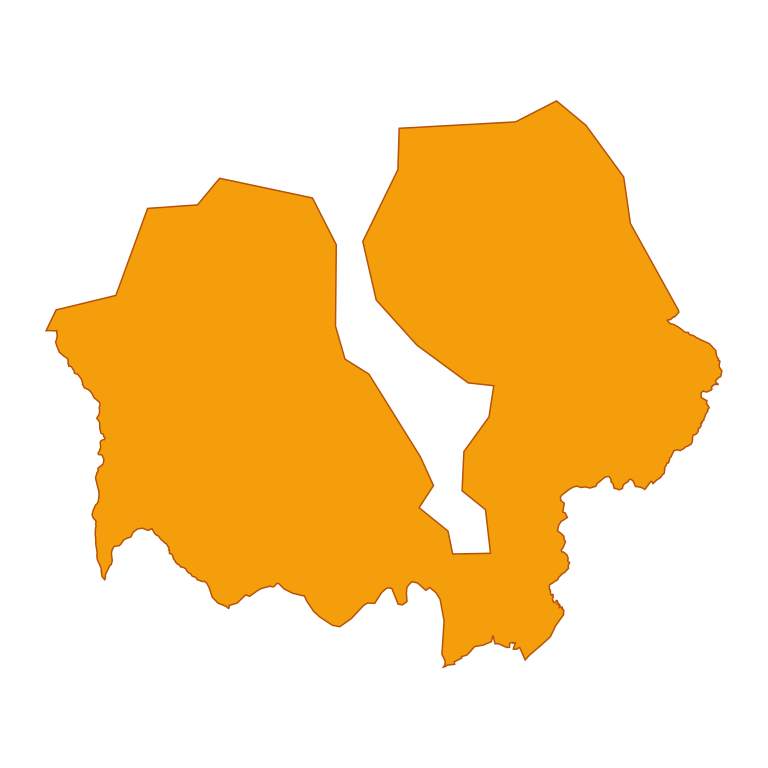 Ala-Buka, Jalal-Abad, Kyrgyzstan
{"feature_id": "92254566B39559079408831", "entity_name": "Ala-Buka", "entity_type": "district", "adm_level": 2, "iso_a3": "KGZ", "parent_name": "Kyrgyzstan", "parent_adm1": "Jalal-Abad", "projection": "mercator", "projection_center": [71.199, 41.407], "detail": "fine", "context": "isolated", "style": "filled", "palette": "amber", "viewbox_px": 768, "rotation_deg": 0, "n_neighbors": 0, "source": "geoboundaries", "source_scale": "gbopen_adm2", "svg_char_len": 6040}
<svg xmlns="http://www.w3.org/2000/svg" viewBox="0 0 768 768"><path d="M46.1,330.7L50.4,330.6L54.7,330.9L56.8,330.6L56.6,332.0L57.3,336.1L56.7,338.0L56.4,340.0L55.6,341.9L56.9,346.2L59.4,352.4L61.7,354.1L63.7,356.1L65.7,357.2L67.8,359.0L68.2,362.0L68.0,363.3L68.2,364.2L68.7,364.5L68.7,366.2L71.3,366.5L74.2,371.3L74.4,373.2L77.6,374.3L79.4,376.4L81.2,378.8L82.5,382.4L82.5,384.6L84.6,388.0L88.4,389.6L91.0,392.2L92.3,394.0L93.2,396.2L94.3,398.0L99.1,401.9L99.9,403.5L100.1,405.1L99.3,406.8L99.3,408.8L99.5,409.6L99.6,411.0L99.3,413.7L98.5,415.4L96.8,418.1L97.3,419.1L98.6,420.7L99.6,422.4L99.8,428.5L101.0,433.2L103.4,434.4L103.8,436.5L105.1,438.4L104.4,439.7L103.1,439.7L101.1,440.7L100.2,442.0L100.7,447.7L99.6,450.2L99.5,451.0L98.2,452.8L98.2,454.0L98.7,454.6L101.6,454.8L102.1,455.2L103.9,459.6L103.5,462.2L102.9,464.4L98.4,467.7L97.9,468.8L98.0,471.1L96.9,472.8L95.5,478.0L98.8,491.3L99.1,494.6L98.3,501.3L97.2,503.6L95.7,504.8L93.4,509.7L92.3,513.6L92.2,515.2L92.9,517.2L93.5,518.2L95.4,520.3L96.1,521.9L95.7,523.3L96.0,526.3L95.5,528.1L95.2,534.4L95.7,538.1L95.8,544.3L97.1,552.3L96.9,556.5L97.4,559.8L101.2,568.3L101.3,572.2L102.0,576.4L104.6,579.7L105.3,578.6L105.5,574.5L109.9,565.4L111.2,564.6L112.3,560.7L111.4,553.6L112.1,550.0L113.7,546.9L115.4,546.1L119.0,545.8L120.7,544.4L121.9,542.5L124.1,539.7L127.0,538.3L130.9,537.0L133.0,532.5L134.1,531.5L137.6,528.9L142.2,528.2L144.7,529.0L145.9,529.7L148.6,530.3L149.5,529.9L150.3,529.1L150.8,529.3L152.1,528.8L154.5,533.3L156.7,535.3L158.0,535.6L161.5,540.0L163.4,541.2L164.0,542.3L166.8,544.2L167.2,545.2L168.3,546.7L168.3,547.3L168.8,547.5L169.1,548.0L169.2,548.8L168.6,549.7L169.4,550.7L169.3,551.8L169.6,552.4L169.4,553.1L169.6,553.6L170.9,553.7L172.2,554.8L173.2,557.3L173.4,558.9L175.2,560.8L175.4,562.0L177.4,564.0L179.4,565.1L180.8,567.1L182.4,567.0L185.9,568.8L186.5,570.6L188.2,572.5L191.0,574.0L191.4,574.7L191.5,575.4L192.2,576.1L193.5,576.7L195.1,577.0L196.7,578.4L197.2,579.7L202.5,581.5L204.5,581.4L206.6,583.0L209.0,587.3L212.2,597.1L218.0,603.1L226.2,606.4L228.4,608.4L229.1,607.9L229.1,605.5L237.1,603.1L245.7,594.9L249.6,596.3L257.7,590.5L261.3,588.5L269.9,586.2L272.6,586.9L274.5,586.3L276.7,583.4L278.9,583.7L284.1,588.9L292.5,593.2L304.5,596.1L306.8,601.2L313.6,611.3L319.7,616.9L332.4,625.3L339.8,626.7L351.4,618.5L363.7,605.3L367.6,603.0L374.7,603.3L381.7,592.5L386.9,588.0L391.7,588.2L398.1,604.1L402.3,604.9L407.0,601.6L406.4,593.4L406.9,587.5L408.5,585.2L411.7,581.7L417.6,583.0L425.9,590.4L429.8,587.5L436.3,593.0L440.1,599.4L444.1,620.8L441.9,654.4L443.7,657.7L445.2,661.2L444.9,664.9L443.4,667.1L445.3,666.5L447.4,665.1L454.6,664.3L454.4,661.8L461.7,658.1L461.3,657.0L461.6,656.6L466.8,655.1L470.2,651.7L474.5,646.6L483.3,645.1L491.3,641.7L493.0,635.3L494.5,641.7L495.2,643.9L498.2,643.6L506.6,647.4L509.6,647.4L509.6,643.3L512.1,642.4L512.9,643.2L515.3,642.8L515.3,643.5L513.5,648.2L513.4,649.3L516.3,649.2L519.7,647.5L525.2,659.9L529.4,655.2L541.6,644.8L550.4,636.7L555.6,625.8L563.8,614.4L563.4,613.7L563.5,612.3L563.8,611.6L563.8,610.7L563.6,610.0L562.8,609.7L562.5,608.4L561.9,608.5L562.0,607.9L562.3,607.6L562.2,607.1L560.1,607.1L559.2,607.5L559.3,606.8L559.9,606.5L560.0,605.3L559.6,604.8L559.0,605.0L559.2,604.2L558.5,603.9L557.2,603.8L557.8,603.4L558.0,602.8L557.3,600.8L556.9,600.4L556.3,600.7L555.1,602.1L553.9,602.6L553.1,601.6L553.1,600.7L552.5,600.0L552.6,598.7L553.3,596.3L552.6,595.8L552.6,595.2L553.1,594.7L552.7,594.4L551.1,595.0L550.9,594.7L550.5,593.0L550.5,591.4L550.2,591.0L550.3,590.6L550.1,589.6L549.1,588.6L549.5,586.3L549.3,585.8L549.6,584.8L553.0,582.7L555.4,580.9L556.7,580.4L557.4,579.9L558.2,578.8L558.6,577.4L561.7,574.5L561.6,574.0L564.6,572.5L568.6,568.2L568.1,565.7L569.7,562.7L567.6,561.0L568.2,558.4L566.9,554.9L563.6,552.1L561.6,551.7L561.3,550.1L563.4,547.0L565.5,541.5L564.1,539.3L563.9,536.3L561.4,533.7L557.4,530.8L558.7,525.2L561.1,521.5L567.4,517.5L565.3,513.0L562.8,512.0L564.3,503.3L560.9,500.6L560.3,496.9L562.3,494.7L569.4,489.3L573.2,487.1L576.8,486.1L581.0,487.5L585.5,486.9L589.8,488.0L595.9,486.3L597.0,483.7L605.0,477.1L608.5,476.4L610.2,477.9L610.9,479.6L611.1,481.9L613.0,483.8L614.1,488.3L617.4,488.9L618.2,489.6L619.4,489.8L622.3,488.5L622.6,488.1L622.7,486.5L624.1,484.1L628.0,481.7L629.4,479.3L631.2,479.5L633.0,480.9L635.6,486.5L640.1,487.1L642.3,487.9L644.9,489.4L650.8,481.5L652.1,481.7L653.0,483.6L656.4,480.3L660.7,477.4L662.5,474.7L664.2,473.4L664.8,469.4L664.5,468.3L666.2,465.2L667.1,462.9L668.4,462.9L669.4,460.4L669.6,458.3L670.9,457.1L673.7,451.0L676.3,449.8L680.2,450.5L683.8,448.6L685.7,446.7L687.4,446.3L691.2,444.1L692.4,441.3L692.6,436.7L693.5,434.8L695.3,434.6L697.2,433.1L698.4,430.6L698.2,429.6L698.3,428.6L699.6,428.1L701.0,426.0L701.0,422.9L702.1,422.8L702.3,421.4L703.9,420.1L704.0,418.3L704.7,417.3L705.7,414.3L706.3,413.1L707.4,411.9L707.7,411.1L707.6,410.5L707.7,409.5L708.4,408.9L709.2,407.7L708.6,406.4L707.4,405.0L706.4,402.9L707.0,400.8L701.2,397.5L701.1,396.9L701.2,395.8L701.1,392.8L701.7,392.2L703.3,391.1L705.8,391.9L706.9,392.0L708.7,391.2L711.5,389.8L712.0,389.0L711.3,387.1L711.8,386.5L712.6,386.1L712.9,385.4L714.0,384.8L714.9,384.6L715.4,384.0L715.8,383.9L716.2,384.4L718.0,384.6L718.1,384.1L717.6,383.6L716.0,382.7L715.5,380.9L718.4,377.8L719.9,376.8L720.6,376.7L721.9,370.9L719.4,367.3L719.2,365.3L719.9,361.1L718.2,360.2L718.6,358.9L717.5,357.6L716.6,356.3L715.9,350.8L709.4,343.7L700.4,339.6L695.6,337.1L693.6,335.6L689.4,334.5L688.2,332.4L685.2,332.3L678.6,327.2L674.1,324.6L670.2,323.6L667.3,320.5L667.9,319.7L669.2,319.9L671.1,319.1L673.0,317.3L673.5,317.3L675.1,316.4L678.8,312.4L678.6,310.6L630.4,223.5L623.7,177.0L586.0,125.4L556.5,100.9L515.5,121.9L399.2,128.3L397.9,169.6L362.8,241.5L376.2,300.0L417.0,345.2L468.2,382.9L493.8,385.7L489.0,416.9L463.9,451.6L462.1,490.8L485.5,509.7L490.5,553.3L452.7,554.0L448.0,531.1L419.1,507.7L433.5,485.6L420.4,456.8L368.9,374.1L345.0,359.1L335.5,326.1L336.3,244.8L312.5,198.0L219.6,178.3L197.5,204.9L147.6,208.4L115.9,295.4L56.1,309.9L46.1,330.7Z" fill="#f59e0b" stroke="#b45309" stroke-width="1.5"/></svg>